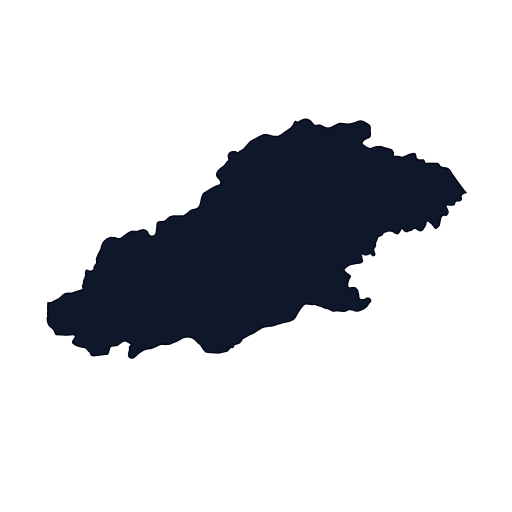 outline of Tomé-Açu, Pará, Brazil, rotated 49°
{"feature_id": "56859067B82195789600359", "entity_name": "Tomé-Açu", "entity_type": "district", "adm_level": 2, "iso_a3": "BRA", "parent_name": "Brazil", "parent_adm1": "Pará", "projection": "orthographic", "projection_center": [-48.263, -2.66], "detail": "fine", "context": "isolated", "style": "filled", "palette": "ink", "viewbox_px": 512, "rotation_deg": 49, "n_neighbors": 0, "source": "geoboundaries", "source_scale": "gbopen_adm2", "svg_char_len": 6083}
<svg xmlns="http://www.w3.org/2000/svg" viewBox="0 0 512 512"><g transform="rotate(49 256 256)"><path d="M167.2,220.5L166.8,225.4L166.9,228.1L167.6,230.6L168.4,231.8L169.2,232.6L170.4,233.1L171.7,233.3L173.2,233.1L176.4,233.5L177.6,234.3L178.4,235.3L178.6,236.4L178.4,237.5L177.1,240.5L175.9,245.6L174.5,254.5L175.2,256.5L176.5,258.8L179.8,263.1L181.4,265.9L181.8,268.6L181.2,270.6L180.5,272.0L179.7,273.3L179.0,275.2L178.8,276.1L178.9,279.4L178.4,284.0L178.0,284.9L176.0,287.0L173.9,289.7L172.0,291.6L171.1,293.1L170.3,294.8L170.0,296.2L170.1,301.1L169.7,302.7L166.9,306.5L166.4,307.5L166.5,308.8L168.1,310.8L169.0,311.5L173.0,316.0L173.9,317.5L174.1,318.8L173.6,320.7L171.8,322.7L170.2,323.1L167.7,322.7L166.7,322.3L165.5,322.2L163.2,323.1L162.3,323.9L161.1,325.8L159.9,329.1L159.2,330.2L156.8,332.6L155.9,333.9L155.4,335.1L154.8,338.1L154.1,346.7L153.5,347.7L151.8,349.5L150.6,349.8L148.9,351.2L148.3,352.1L147.3,352.9L146.2,354.7L145.4,357.3L145.5,361.9L146.8,365.1L149.0,368.3L149.6,369.5L151.0,373.2L153.1,377.5L153.7,378.4L154.7,379.0L156.7,380.6L157.3,381.9L157.4,382.9L158.2,385.3L158.9,386.2L159.8,386.8L160.1,387.9L159.7,388.9L159.6,390.1L159.0,391.0L157.9,391.9L155.8,393.0L155.7,394.1L157.1,395.9L159.1,397.2L159.6,398.3L161.0,400.4L161.3,401.6L162.7,403.4L163.6,403.9L164.7,406.3L167.8,408.2L167.7,409.3L167.1,410.3L166.7,411.7L165.5,413.8L165.2,415.0L164.5,416.3L163.8,418.3L162.8,420.3L161.2,421.8L159.6,424.2L159.1,425.6L159.0,426.7L159.1,433.2L158.7,434.2L156.9,441.2L156.3,442.1L154.9,443.7L159.3,447.9L160.2,448.4L162.8,451.0L164.7,452.4L165.5,453.3L166.1,454.3L167.9,455.7L170.4,457.0L172.3,457.6L174.7,457.4L177.7,456.9L179.7,457.1L183.7,458.4L184.9,457.7L187.0,455.3L191.1,451.2L195.4,445.4L197.1,444.4L198.6,445.1L199.7,448.3L200.1,450.1L201.0,451.2L202.1,451.2L205.0,450.5L207.3,449.2L209.7,447.7L212.1,445.7L213.9,444.6L218.4,444.6L219.7,444.2L222.6,445.3L224.3,444.3L225.4,443.0L230.0,436.1L232.5,432.7L232.2,431.2L228.9,426.1L229.0,424.3L230.8,421.8L232.3,419.4L233.0,412.6L234.2,410.1L238.3,408.5L240.6,407.9L241.4,408.7L241.8,411.2L244.2,413.2L245.2,414.9L247.2,417.2L249.0,417.9L250.9,417.4L252.0,416.0L252.4,414.9L252.5,413.4L252.3,409.6L252.6,405.8L253.1,403.0L253.8,400.8L254.7,399.0L256.8,396.0L258.3,391.7L259.6,386.8L260.8,384.9L263.3,382.3L265.5,379.4L266.4,377.3L266.9,375.2L268.2,372.0L269.8,364.5L270.7,362.7L272.9,359.8L275.1,358.2L277.4,357.2L280.8,356.7L283.6,356.6L285.8,356.1L288.5,356.2L290.5,356.6L292.5,356.8L294.1,356.8L295.6,356.6L298.4,354.2L304.7,347.7L307.8,342.0L308.8,340.0L308.3,336.4L308.4,334.6L309.6,333.8L309.6,332.7L308.8,331.4L308.7,330.2L310.4,326.5L310.7,325.2L310.2,322.9L309.6,320.7L309.6,319.7L311.3,311.9L312.2,309.3L312.8,306.4L313.0,303.9L314.0,298.4L314.9,296.3L317.5,292.0L318.3,291.2L319.7,288.9L321.1,285.7L321.3,284.7L322.6,282.4L323.9,279.3L326.9,273.9L328.3,269.6L328.0,266.5L326.9,263.9L325.1,258.2L324.4,254.8L324.0,251.8L324.5,250.2L325.4,249.0L329.4,245.5L330.7,243.5L335.4,240.7L336.6,239.7L340.0,238.4L343.0,236.1L347.9,234.1L349.0,232.8L350.0,231.1L355.1,226.2L356.2,224.5L356.7,223.1L356.8,221.6L357.8,220.3L360.6,217.9L361.6,217.6L363.3,216.4L364.5,214.9L366.2,210.3L366.6,207.0L366.6,205.0L365.5,201.5L365.5,199.6L364.3,198.4L362.0,198.5L360.7,199.9L360.2,202.4L359.4,204.0L357.4,205.8L356.2,206.1L355.0,205.9L352.2,203.9L348.8,202.1L347.2,201.9L345.2,202.1L344.0,203.1L343.1,204.1L341.8,206.3L340.5,206.9L339.1,207.0L337.0,205.1L335.2,202.6L333.9,199.9L333.5,198.4L332.6,198.0L327.3,199.2L324.9,199.2L323.9,198.7L323.5,197.6L323.5,194.0L323.9,191.5L324.3,190.5L327.6,184.7L329.2,182.5L329.7,181.4L330.0,180.1L329.6,178.9L328.5,178.3L327.3,177.9L325.4,176.4L324.4,176.2L323.2,175.7L323.4,174.6L326.8,172.8L328.2,170.7L328.6,168.4L329.6,167.6L332.3,167.6L333.0,166.5L332.9,165.5L331.9,164.9L328.4,163.3L327.7,162.5L327.0,160.0L326.3,158.9L324.5,157.5L322.9,154.1L321.6,151.9L321.3,150.8L322.3,148.7L322.7,147.4L322.1,145.3L322.0,143.9L323.0,141.8L323.9,139.5L324.8,138.5L326.7,136.9L327.9,136.3L330.2,135.8L331.5,135.0L332.2,134.2L331.8,132.0L330.6,128.4L331.0,127.4L332.0,127.1L333.8,127.4L335.4,127.0L336.3,126.5L336.8,125.5L337.0,124.4L338.2,122.3L338.7,118.8L339.3,117.4L342.6,116.5L344.7,115.5L345.5,113.5L344.7,110.3L343.8,107.8L341.7,105.1L341.7,104.1L342.5,103.0L343.6,102.6L344.6,102.6L347.0,102.1L350.8,102.2L352.1,102.4L353.1,102.2L353.3,99.6L353.0,97.7L348.1,91.2L347.6,89.8L348.0,87.9L348.6,86.9L350.0,85.8L349.9,84.5L349.4,83.1L348.8,82.2L347.2,81.4L342.9,80.3L342.3,79.2L343.2,77.6L345.1,75.8L346.7,73.8L347.1,72.6L345.5,70.1L345.8,68.8L348.0,65.9L348.1,64.7L347.7,63.5L345.4,62.4L344.4,60.3L344.7,58.5L345.8,56.0L343.3,56.1L333.9,55.4L322.3,54.3L318.8,53.6L317.4,53.7L315.8,53.9L314.6,54.7L311.7,57.1L310.3,58.1L308.8,58.4L306.6,58.0L305.2,58.4L298.5,65.9L298.0,67.2L296.6,67.6L294.1,66.7L293.0,66.9L292.3,68.1L290.5,70.0L289.7,70.6L288.2,71.0L287.2,71.0L284.9,69.6L283.3,69.0L282.1,69.8L280.8,72.0L279.7,74.6L279.2,76.8L277.5,81.2L274.7,82.9L271.5,86.5L270.4,86.5L269.5,86.1L268.1,84.5L265.7,84.1L264.6,84.2L260.5,86.7L259.8,87.4L256.1,89.5L255.1,90.4L252.8,93.2L251.7,95.2L250.2,99.2L249.4,99.9L247.2,101.1L242.8,102.3L241.3,102.5L240.3,102.1L239.4,100.3L239.2,98.1L239.9,94.9L240.7,92.7L240.5,91.7L239.6,90.2L235.5,87.2L234.7,86.2L233.8,85.4L232.3,84.8L229.9,85.1L225.2,86.8L224.0,87.5L223.0,88.2L221.7,90.1L220.4,93.9L219.4,96.1L217.4,99.5L216.0,101.0L211.7,105.0L210.4,106.8L208.5,114.6L208.0,115.9L206.6,118.0L204.8,119.5L199.5,121.8L198.6,122.6L196.8,125.5L195.9,126.2L193.8,126.5L190.7,126.4L189.4,126.5L187.9,127.0L186.0,128.0L184.6,129.9L183.7,132.0L182.6,136.8L181.4,137.6L180.4,137.9L180.4,139.3L181.8,141.8L182.4,145.5L182.4,146.6L182.0,148.8L182.0,150.4L181.5,153.5L181.4,156.5L180.6,160.2L180.1,161.3L177.0,164.6L171.2,168.5L169.4,171.1L168.3,174.8L167.5,178.7L166.1,184.5L166.2,186.5L167.4,195.2L167.0,198.0L166.4,199.6L166.7,200.9L166.6,202.7L165.5,202.5L164.3,202.9L163.2,203.8L161.8,205.5L161.3,206.7L161.1,207.9L161.1,209.1L162.3,211.2L163.1,211.8L165.5,213.0L166.5,214.5L166.0,215.5L167.2,220.5Z" fill="#0f172a" stroke="#020617" stroke-width="1.5"/></g></svg>